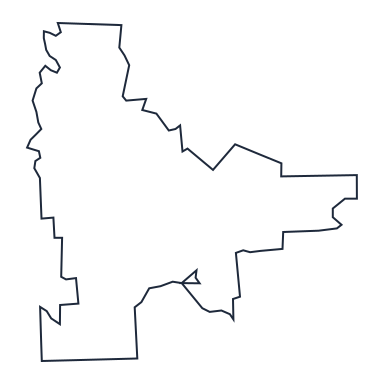 Três Arroios, Rio Grande do Sul, Brazil (Mercator projection)
{"feature_id": "56859067B70132107464338", "entity_name": "Três Arroios", "entity_type": "district", "adm_level": 2, "iso_a3": "BRA", "parent_name": "Brazil", "parent_adm1": "Rio Grande do Sul", "projection": "mercator", "projection_center": [-52.186, -27.488], "detail": "fine", "context": "isolated", "style": "outline", "palette": "slate", "viewbox_px": 384, "rotation_deg": 0, "n_neighbors": 0, "source": "geoboundaries", "source_scale": "gbopen_adm2", "svg_char_len": 1246}
<svg xmlns="http://www.w3.org/2000/svg" viewBox="0 0 384 384"><path d="M39.9,178.0L41.5,218.6L53.4,217.6L54.5,237.8L62.1,237.8L61.2,276.8L66.0,279.4L76.0,278.1L78.4,303.6L60.1,305.0L59.9,324.2L51.2,318.4L46.7,311.1L40.1,306.9L41.2,343.2L41.8,361.0L73.2,360.2L137.3,358.5L134.7,307.3L141.4,302.1L149.2,288.3L160.5,286.2L172.7,281.7L181.7,283.1L202.3,308.2L209.7,311.9L221.4,310.5L229.9,314.2L233.4,319.4L233.0,299.0L240.0,296.7L235.9,252.9L243.2,250.3L250.1,252.2L260.5,250.9L282.5,248.9L283.2,232.0L318.6,230.7L336.9,228.4L341.5,224.8L332.8,217.2L332.8,208.5L344.9,198.7L356.9,198.7L356.8,175.1L281.2,176.4L281.4,163.3L260.3,154.7L235.1,144.3L213.0,169.9L187.5,148.6L182.5,151.5L180.1,125.4L175.5,129.0L168.8,130.5L156.4,113.6L142.3,110.0L146.2,98.9L126.2,100.6L122.7,96.3L129.2,65.2L124.5,55.4L119.3,47.6L121.4,25.1L57.8,23.0L60.8,32.2L55.8,35.8L49.7,32.8L43.9,31.3L43.8,38.1L45.1,44.0L46.2,49.9L49.7,56.0L55.8,60.0L59.9,67.5L56.9,72.7L50.8,70.2L45.3,65.8L39.7,72.7L41.8,83.3L36.4,88.4L32.6,100.6L36.4,111.9L38.3,122.5L41.3,129.0L35.8,134.6L30.6,139.7L27.1,147.6L32.6,149.3L38.9,151.2L40.3,157.8L35.4,161.0L34.3,168.2L39.9,178.0ZM181.7,283.1L196.5,270.3L195.6,277.7L199.6,283.3L181.7,283.1Z" fill="none" stroke="#1e293b" stroke-width="2"/></svg>